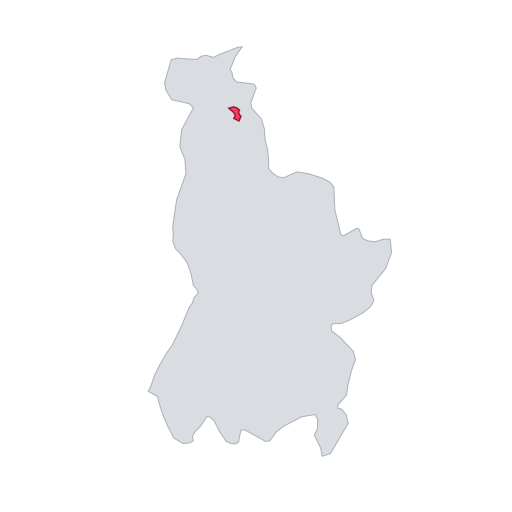 Slovenia, with Dornava highlighted, rotated 284°
{"feature_id": "SVN-1040", "entity_name": "Dornava", "entity_type": "Municipality", "adm_level": 1, "iso_a3": "SVN", "parent_name": "Slovenia", "parent_adm1": "", "projection": "orthographic", "projection_center": [16.001, 46.454], "detail": "fine", "context": "in_parent", "style": "filled", "palette": "rose", "viewbox_px": 512, "rotation_deg": 284, "n_neighbors": 0, "source": "natural_earth", "source_scale": "10m", "svg_char_len": 1967}
<svg xmlns="http://www.w3.org/2000/svg" viewBox="0 0 512 512"><g transform="rotate(284 256 256)"><path d="M455.6,192.0L444.3,187.6L430.8,185.8L428.3,188.2L422.9,190.7L420.2,195.1L422.3,212.6L419.0,215.6L403.7,213.9L398.6,215.9L390.2,228.1L381.7,233.2L370.7,236.8L362.7,241.2L352.4,245.0L343.7,247.2L340.3,252.5L338.1,258.4L338.7,264.1L347.5,275.3L348.6,287.2L347.6,301.8L345.5,309.6L342.0,314.8L320.0,321.3L297.2,333.1L296.6,335.9L306.9,346.6L307.3,349.2L298.7,355.2L297.8,361.3L298.7,368.3L303.2,375.6L304.8,382.1L292.2,386.7L275.2,384.8L255.2,375.5L248.1,376.7L241.2,381.3L234.3,379.2L226.7,373.5L216.0,361.7L210.9,354.5L208.9,346.9L205.9,345.8L201.4,347.9L197.5,357.0L187.2,373.3L179.7,377.6L168.5,376.4L152.7,376.4L142.9,377.5L131.1,371.4L128.2,372.4L128.1,376.2L123.5,382.1L116.0,385.9L82.2,376.0L77.7,368.5L85.4,365.2L96.3,356.0L103.5,357.3L112.4,355.5L116.4,351.6L111.1,339.3L97.5,324.0L90.2,318.2L80.0,314.1L78.4,310.1L84.7,286.7L83.1,283.4L71.4,284.1L68.7,281.6L67.9,277.5L68.9,271.9L77.0,263.0L86.0,255.2L88.5,250.7L88.3,247.2L77.2,243.2L70.6,239.3L65.3,237.9L61.6,239.8L58.9,237.4L56.4,230.6L59.5,220.4L69.8,211.2L80.8,203.1L90.4,197.2L95.8,194.7L98.7,184.2L104.3,185.5L115.3,186.4L127.6,189.1L139.0,192.3L149.1,196.3L170.3,200.7L189.6,203.5L195.4,205.8L200.1,205.7L206.0,209.0L209.5,206.6L212.1,202.4L222.7,197.5L232.5,191.1L239.5,182.9L243.4,176.3L250.1,171.7L257.2,170.5L263.7,168.2L291.1,165.4L319.2,168.1L332.7,163.6L343.7,155.6L359.9,153.4L360.7,153.3L384.8,159.5L386.6,155.9L387.7,154.3L387.2,136.7L394.8,128.7L401.9,125.3L425.9,126.3L429.0,131.7L430.3,140.1L432.5,151.3L436.5,154.4L438.7,158.8L438.4,166.6L443.1,172.3L454.2,187.9L455.6,192.0Z" fill="#d9dde1" stroke="#a8b0b8" stroke-width="1"/><path d="M393.5,204.7L391.7,204.2L389.6,205.3L389.0,205.9L388.0,207.6L382.9,206.8L384.2,201.2L387.2,202.1L389.7,199.8L390.7,198.4L391.2,197.0L392.8,193.9L395.2,198.0L395.1,201.6L393.5,204.7Z" fill="#f43f5e" stroke="#9f1239" stroke-width="1.5"/></g></svg>